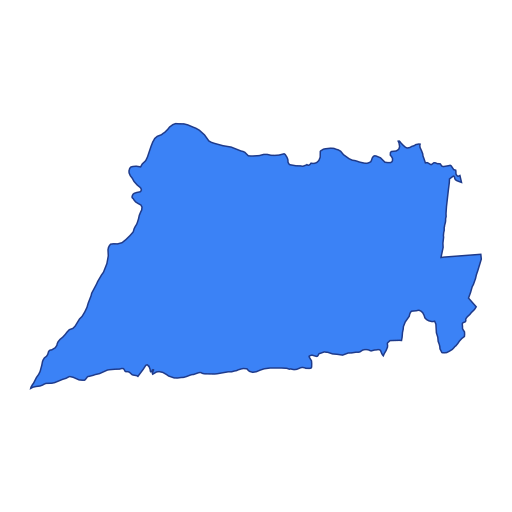 outline of Granada, Cundinamarca, Colombia
{"feature_id": "7082276B82763830232556", "entity_name": "Granada", "entity_type": "district", "adm_level": 2, "iso_a3": "COL", "parent_name": "Colombia", "parent_adm1": "Cundinamarca", "projection": "albers", "projection_center": [-74.329, 4.525], "detail": "fine", "context": "isolated", "style": "filled", "palette": "blue", "viewbox_px": 512, "rotation_deg": 0, "n_neighbors": 0, "source": "geoboundaries", "source_scale": "gbopen_adm2", "svg_char_len": 6060}
<svg xmlns="http://www.w3.org/2000/svg" viewBox="0 0 512 512"><path d="M164.7,132.4L163.1,133.4L161.5,134.7L157.3,136.3L154.7,138.5L153.7,140.4L152.8,141.9L151.0,146.5L147.5,156.9L146.0,160.1L145.1,161.3L142.3,163.9L140.6,166.9L136.2,166.2L132.9,166.5L130.9,167.0L129.7,168.4L129.0,170.9L129.1,172.9L130.3,175.7L132.3,178.3L134.0,181.4L137.2,185.0L140.0,187.3L140.8,188.2L141.4,189.9L141.0,190.9L140.2,191.8L136.7,192.5L134.3,193.3L133.6,193.8L133.1,194.2L132.4,195.5L132.0,197.0L132.4,198.0L133.2,198.6L133.8,199.7L135.6,201.9L138.1,203.5L140.9,205.0L142.0,207.1L141.7,210.0L140.7,211.9L139.3,215.3L138.5,218.9L137.4,222.4L136.6,224.4L135.2,226.6L134.1,228.8L133.3,231.7L132.8,232.4L130.0,235.6L125.9,239.6L122.0,242.7L117.6,243.9L113.4,243.8L110.6,244.2L109.5,245.5L108.5,247.4L108.0,249.8L108.3,255.9L106.9,263.6L103.5,272.2L101.5,275.0L97.7,281.5L96.6,284.0L91.7,293.2L91.1,295.7L88.2,303.2L87.0,307.3L84.8,311.9L82.1,316.4L79.5,319.0L75.1,326.2L72.9,328.4L69.3,329.7L67.1,332.0L65.2,334.5L62.7,337.2L60.0,339.4L58.0,341.9L57.2,343.8L56.9,345.3L55.2,347.8L51.7,349.9L50.1,350.1L49.3,350.7L48.6,351.5L47.7,354.5L46.5,356.3L44.4,357.9L43.1,360.0L42.5,361.6L41.8,365.2L40.1,371.5L38.6,374.5L36.5,377.4L33.4,383.5L32.7,384.2L31.0,387.2L30.7,388.4L32.9,387.2L36.0,386.5L40.0,386.0L42.7,385.0L43.8,384.3L45.9,383.4L51.9,383.2L54.7,382.6L62.7,379.3L66.0,378.3L69.2,376.6L70.2,376.6L73.2,377.3L79.1,379.9L82.4,380.2L84.5,380.2L85.3,379.6L87.4,376.9L88.0,376.5L88.9,376.4L93.2,375.3L95.1,374.6L99.5,373.6L107.5,370.0L109.5,369.7L115.4,369.2L119.5,369.1L121.7,368.5L123.4,368.6L124.3,369.7L124.9,371.0L125.6,371.6L128.1,371.7L129.5,372.3L132.0,374.6L133.0,375.0L136.9,375.7L137.9,376.4L143.2,369.3L145.6,365.6L146.3,365.0L147.5,364.9L148.7,366.4L149.0,366.3L150.1,369.3L150.4,371.3L150.7,371.8L151.0,371.9L151.7,371.6L152.1,370.9L152.3,370.1L152.8,369.7L153.5,369.8L153.5,370.2L153.0,371.1L152.5,372.8L152.4,373.5L152.7,374.2L156.6,371.9L159.1,371.6L162.8,372.4L166.5,374.5L168.6,376.0L174.1,377.9L177.6,378.0L181.1,377.5L183.5,377.4L186.6,376.5L190.2,375.1L191.9,374.6L193.5,374.5L198.3,372.8L199.9,372.5L201.1,372.6L202.2,373.3L204.3,373.8L214.6,374.0L217.4,373.7L228.2,371.8L231.6,371.8L234.4,371.0L236.6,370.6L238.0,369.9L241.3,368.9L243.4,368.5L246.9,368.8L248.4,370.5L249.6,371.4L252.7,372.3L256.4,371.7L260.2,370.1L264.1,368.8L270.0,368.0L281.6,368.0L286.8,368.3L289.4,369.2L290.6,368.9L293.2,369.5L294.5,369.6L296.8,369.3L300.7,367.7L302.4,367.4L304.6,367.8L305.8,368.3L309.5,368.4L311.0,368.1L311.6,367.1L311.7,363.8L311.5,360.9L309.4,357.4L309.1,356.6L309.2,356.1L310.5,355.5L311.9,355.1L316.5,356.4L317.4,356.2L318.0,355.5L318.6,354.3L319.2,353.6L320.4,353.3L324.3,351.9L326.1,352.2L327.8,352.3L332.5,353.9L337.2,354.3L342.6,355.1L348.2,353.0L351.6,352.9L356.0,352.2L358.5,352.2L359.9,351.9L362.6,350.1L364.7,349.6L366.7,349.6L368.6,349.9L370.3,350.7L371.2,350.9L374.6,350.0L376.3,349.9L378.0,349.6L379.3,349.7L380.5,350.4L381.7,353.5L382.6,355.0L383.3,355.8L384.2,353.7L386.1,350.5L387.5,347.1L387.6,345.2L387.3,343.8L387.6,342.8L390.0,340.6L399.5,340.3L401.5,340.5L402.1,337.2L402.5,332.4L403.2,329.1L403.4,326.6L405.2,322.0L409.2,316.3L409.7,314.1L410.5,312.3L411.6,311.2L416.6,310.7L418.1,310.3L419.1,310.3L420.8,311.0L422.7,312.7L424.1,315.4L424.9,317.9L426.6,319.6L428.8,320.8L432.0,321.6L433.3,321.5L434.6,321.2L435.9,324.1L436.4,332.8L437.8,337.3L438.2,341.5L439.2,344.1L439.8,346.5L440.0,348.9L441.8,352.4L442.2,352.7L444.4,352.8L446.6,352.6L449.4,351.2L452.3,349.4L454.1,347.5L454.9,346.5L455.8,345.9L457.8,343.5L459.4,341.1L461.9,338.4L464.4,336.5L464.6,334.4L464.5,331.9L462.9,329.4L462.5,328.5L462.5,326.4L462.3,324.6L462.4,323.3L463.4,322.5L465.1,321.9L465.8,320.9L465.7,319.1L466.3,318.1L467.3,316.8L469.8,314.5L471.4,312.5L473.8,310.2L474.9,308.9L476.2,306.8L468.5,298.1L470.5,292.6L472.2,286.7L473.4,284.5L475.5,278.6L476.4,274.7L477.8,270.6L481.3,259.1L480.8,254.3L444.1,257.1L441.0,257.5L443.1,247.4L442.9,243.2L443.6,237.2L443.4,235.7L443.7,232.5L444.2,230.4L444.2,227.3L444.5,226.4L444.6,225.3L445.4,222.3L445.6,220.9L445.6,218.7L446.1,216.6L446.0,213.5L446.5,206.3L448.3,190.5L449.3,182.7L449.5,178.9L452.6,176.6L453.2,176.2L453.7,176.1L454.5,177.1L454.8,178.6L455.4,179.7L456.7,180.6L458.7,181.4L461.5,182.4L459.9,175.5L458.7,176.1L457.9,176.3L457.2,175.8L456.2,174.6L455.9,173.4L455.9,171.9L455.7,170.2L453.7,169.6L451.2,165.9L450.2,165.3L448.6,165.7L443.3,166.6L442.6,166.4L441.7,166.0L440.3,163.9L438.9,163.7L437.3,163.7L435.6,162.9L434.0,162.7L431.4,164.6L430.6,164.5L427.5,162.7L426.3,162.7L425.4,162.9L423.7,157.9L423.0,156.1L422.7,153.8L421.6,150.9L420.0,147.4L419.8,145.1L420.1,144.2L418.9,144.0L415.8,144.6L414.8,145.3L413.3,146.0L412.3,146.2L411.2,146.7L410.2,147.4L408.0,147.9L407.1,148.0L406.1,147.6L405.1,147.0L403.0,145.1L400.5,142.5L399.9,141.6L399.1,141.0L398.2,141.2L399.0,142.9L399.6,146.5L399.0,148.8L397.8,150.0L396.1,151.0L391.5,151.5L390.9,152.0L390.4,152.7L390.3,155.1L391.5,156.6L392.5,158.4L392.5,159.1L392.5,160.6L392.0,161.7L390.6,162.6L387.6,162.6L384.9,162.2L380.5,157.8L376.1,156.0L374.7,155.8L373.8,156.1L373.2,156.6L372.3,157.9L371.4,160.5L370.7,161.8L368.9,162.7L367.0,163.3L364.6,163.2L359.6,162.1L357.0,161.2L355.0,160.6L352.3,160.2L349.2,158.8L343.5,154.7L340.6,151.2L338.1,149.8L336.5,149.4L333.9,148.4L332.5,148.3L330.5,148.2L325.2,148.8L323.4,149.2L320.8,150.8L320.3,151.4L320.2,157.2L319.0,160.2L318.4,161.0L316.9,162.4L315.9,162.9L314.1,163.4L312.4,163.4L311.2,163.2L310.7,163.4L310.6,163.8L309.9,164.6L308.5,165.3L307.8,165.2L306.9,164.6L306.4,165.0L302.8,166.3L300.4,165.9L296.0,165.8L289.8,164.7L288.8,163.8L288.0,162.2L287.9,160.0L287.6,158.9L286.9,157.2L285.2,154.5L284.1,153.8L278.9,155.1L274.7,155.4L271.0,155.3L267.2,154.4L263.8,154.4L259.3,155.6L253.1,156.0L250.7,156.0L248.3,155.8L244.8,152.3L243.1,151.5L241.0,151.0L231.2,147.1L222.9,145.7L214.5,143.4L211.2,142.3L208.8,140.9L204.5,134.9L199.3,130.2L195.8,128.2L193.2,127.2L187.8,124.9L183.9,123.9L178.6,123.8L175.6,123.6L172.9,124.6L169.6,127.0L167.8,129.3L164.7,132.4Z" fill="#3b82f6" stroke="#1e3a8a" stroke-width="1.5"/></svg>